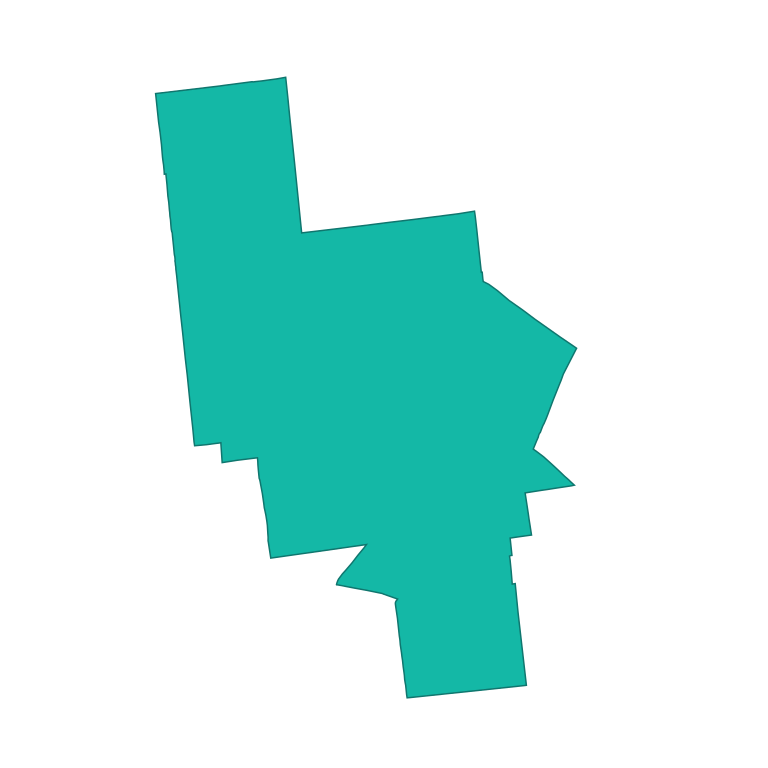 Silistea Crucii, Dolj, Romania, rotated 263°
{"feature_id": "2599482B51725370061105", "entity_name": "Silistea Crucii", "entity_type": "district", "adm_level": 2, "iso_a3": "ROU", "parent_name": "Romania", "parent_adm1": "Dolj", "projection": "mercator", "projection_center": [23.474, 44.047], "detail": "fine", "context": "isolated", "style": "filled", "palette": "teal", "viewbox_px": 768, "rotation_deg": 263, "n_neighbors": 0, "source": "geoboundaries", "source_scale": "gbopen_adm2", "svg_char_len": 2764}
<svg xmlns="http://www.w3.org/2000/svg" viewBox="0 0 768 768"><g transform="rotate(263 384 384)"><path d="M700.4,323.8L699.9,314.6L699.8,306.4L699.7,299.5L699.8,293.8L699.8,290.8L700.1,290.0L700.1,289.2L699.9,261.6L699.8,257.5L700.1,192.7L698.9,192.7L671.5,192.2L661.0,192.4L648.7,192.3L636.4,191.8L632.0,191.8L628.4,191.9L624.5,191.8L621.7,191.7L619.0,191.5L619.1,193.1L608.6,192.9L596.9,192.4L590.4,192.5L582.7,192.2L580.5,192.2L576.6,192.0L573.1,192.1L566.8,191.8L563.8,191.7L562.3,191.8L561.0,191.9L560.2,192.2L559.4,192.2L556.8,192.1L546.4,191.9L539.2,191.7L537.6,191.7L535.8,191.9L532.8,191.8L532.2,191.6L531.1,191.5L530.1,191.6L527.4,191.5L525.4,191.6L523.2,191.4L520.7,191.4L516.6,191.4L476.9,190.6L459.7,190.4L433.0,189.9L416.7,189.8L389.5,189.2L376.4,189.0L363.5,188.8L356.3,188.6L349.7,188.4L345.8,188.5L345.6,194.2L345.4,200.5L345.5,208.2L345.5,213.0L345.6,214.9L325.7,213.8L326.2,229.2L326.2,249.4L322.6,249.3L319.0,249.0L314.1,248.8L309.7,248.7L305.7,248.6L303.9,249.0L301.7,249.2L299.5,249.3L296.6,249.5L290.3,249.9L280.2,250.1L275.7,250.1L272.7,250.4L267.8,250.8L261.7,251.0L257.8,251.0L250.0,250.5L246.1,250.3L242.3,249.8L241.6,249.9L225.0,250.4L226.8,347.0L223.7,344.1L217.4,337.4L210.5,330.6L203.8,323.3L200.6,319.6L195.9,315.1L194.2,314.0L192.2,313.0L190.6,312.4L190.4,312.6L190.4,313.0L190.2,313.8L185.0,329.9L181.3,341.8L177.6,352.8L176.3,356.7L175.4,358.2L171.9,365.3L168.9,371.3L167.5,370.0L167.2,369.6L166.6,369.2L166.1,368.9L165.6,368.7L164.6,368.5L161.9,368.5L149.9,368.8L132.0,368.5L128.1,368.6L123.2,368.4L115.4,368.6L111.0,368.6L107.4,368.7L100.9,368.6L95.5,368.7L92.3,368.7L88.2,368.5L85.3,368.6L82.2,368.8L73.1,368.6L69.8,368.7L69.7,368.7L69.6,371.4L67.6,485.8L67.6,488.6L141.1,489.2L169.9,489.9L169.8,486.9L181.9,487.4L193.8,487.7L197.9,487.6L198.3,488.9L198.3,490.1L215.7,490.4L215.9,498.2L216.1,511.2L216.1,512.0L226.0,511.7L231.7,511.5L237.5,511.4L248.2,511.1L258.7,510.8L259.0,519.0L259.3,528.4L259.4,533.8L259.7,542.6L259.9,550.5L260.1,557.6L260.4,560.6L264.4,557.2L266.3,555.7L270.3,552.1L274.5,548.7L279.9,544.2L283.9,540.8L288.3,537.0L292.0,533.8L296.9,528.8L301.0,524.4L301.2,524.2L308.9,528.5L312.4,530.6L313.2,530.9L314.3,531.3L315.3,531.8L316.3,532.6L317.0,533.3L317.4,533.5L319.5,534.6L322.0,535.9L323.7,536.9L325.2,538.0L329.8,540.7L333.7,542.8L347.2,549.8L362.3,558.1L366.0,560.2L371.2,562.8L372.0,563.2L396.0,579.5L397.0,578.4L409.3,564.4L429.8,541.8L440.4,530.8L451.7,518.3L462.8,508.0L470.2,500.1L473.6,495.0L476.1,494.9L479.4,495.0L483.0,495.1L483.0,494.2L503.1,494.5L520.8,494.8L526.1,494.9L538.6,495.0L544.5,494.9L543.9,478.5L543.7,432.5L543.8,407.6L543.7,380.8L544.0,320.7L549.7,320.8L616.0,322.2L661.3,323.0L677.8,323.4L682.8,323.5L700.4,323.8Z" fill="#14b8a6" stroke="#0f766e" stroke-width="1.5"/></g></svg>